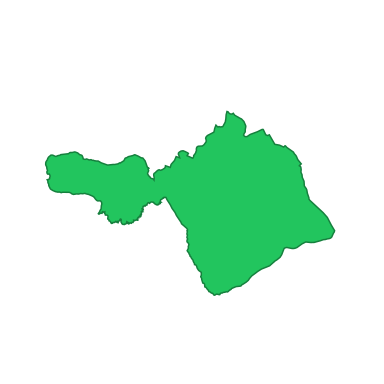 Guachucal, Nariño, Colombia (orthographic projection), rotated 201°
{"feature_id": "7082276B62012861578772", "entity_name": "Guachucal", "entity_type": "district", "adm_level": 2, "iso_a3": "COL", "parent_name": "Colombia", "parent_adm1": "Nariño", "projection": "orthographic", "projection_center": [-77.704, 0.975], "detail": "fine", "context": "isolated", "style": "filled", "palette": "green", "viewbox_px": 384, "rotation_deg": 201, "n_neighbors": 0, "source": "geoboundaries", "source_scale": "gbopen_adm2", "svg_char_len": 6128}
<svg xmlns="http://www.w3.org/2000/svg" viewBox="0 0 384 384"><g transform="rotate(201 192 192)"><path d="M188.2,279.7L187.8,276.3L186.7,272.7L186.0,269.2L186.7,264.0L189.0,262.8L190.2,262.8L191.0,262.0L191.7,262.1L193.6,263.0L193.6,259.5L193.1,256.6L193.1,255.6L197.9,250.2L198.6,248.3L198.5,247.0L197.4,245.6L196.8,244.0L197.7,240.5L198.8,238.7L202.7,236.9L203.6,235.5L203.4,233.7L202.7,232.3L202.8,231.3L202.6,230.4L202.9,228.5L203.5,226.7L203.1,225.5L203.4,223.8L209.6,224.1L209.2,226.7L210.0,227.0L213.2,227.3L215.1,227.3L216.9,226.3L218.2,224.6L218.6,223.5L218.3,222.4L217.0,221.1L215.8,219.5L219.5,219.4L219.6,215.2L221.4,210.3L221.1,207.2L226.2,207.0L225.8,205.4L226.2,204.3L227.5,202.5L228.7,201.3L229.1,201.0L230.6,201.0L231.5,200.3L232.6,198.5L233.1,197.1L234.0,195.8L234.1,195.1L233.9,194.2L232.3,191.5L231.8,189.6L232.5,190.1L233.5,190.3L235.1,190.1L235.8,190.3L236.6,191.0L237.8,191.4L239.8,192.8L240.2,193.8L240.1,196.3L241.3,197.8L241.3,198.2L240.8,198.7L241.3,199.0L242.2,199.0L242.7,199.3L246.9,204.2L250.1,206.1L251.7,205.7L255.0,206.2L258.6,206.3L259.2,206.0L260.3,204.8L264.1,202.2L265.3,200.6L266.4,199.8L266.6,199.0L266.8,196.8L269.4,193.3L270.1,193.2L271.1,191.8L274.0,190.0L275.4,189.5L280.4,186.9L287.2,186.7L290.7,187.3L292.2,186.7L294.5,186.2L295.3,186.3L296.2,185.9L297.9,186.0L299.4,185.1L302.2,185.1L303.5,184.1L304.8,183.9L305.4,183.9L306.4,185.4L307.8,186.7L308.8,186.8L310.2,186.6L312.6,187.5L315.1,187.5L316.0,187.3L317.9,186.0L319.9,185.2L320.4,184.6L321.0,183.5L327.9,179.9L328.5,179.0L330.1,178.0L331.7,176.5L332.4,176.3L335.2,176.5L336.9,175.9L338.4,173.2L338.7,171.6L338.6,170.3L339.1,168.1L339.0,166.8L338.5,165.3L338.1,164.7L336.7,163.4L335.7,161.6L334.6,160.3L334.7,158.7L333.8,157.3L333.1,157.0L331.6,157.6L330.5,156.5L330.1,155.8L330.0,154.0L329.7,153.4L330.1,152.7L331.6,151.5L330.6,150.8L329.8,149.0L328.7,148.1L328.2,147.0L327.4,146.0L325.4,144.2L324.6,143.9L322.3,143.5L319.6,143.4L317.2,143.8L315.7,144.5L313.9,144.5L312.7,145.4L306.5,147.7L305.1,147.7L303.4,147.2L301.7,147.3L299.2,148.8L297.0,149.5L295.5,150.6L293.4,151.2L291.4,152.4L290.3,152.3L287.7,152.7L283.1,152.5L281.4,152.0L279.5,150.7L277.9,150.0L276.8,149.9L275.0,150.7L274.4,150.9L273.4,150.5L272.4,149.5L271.9,148.4L271.7,146.6L270.8,143.7L271.2,141.9L271.2,140.4L271.7,138.2L271.4,138.0L270.9,138.0L269.6,139.6L268.4,139.8L268.3,140.3L268.6,141.4L268.2,141.8L267.1,141.4L266.3,142.2L265.9,140.7L265.1,140.3L264.7,139.5L264.3,139.5L263.1,140.0L262.1,139.7L261.4,138.6L261.3,137.4L260.9,136.6L259.6,136.3L259.2,135.4L257.8,135.3L256.4,134.0L255.6,133.9L255.4,134.1L255.4,134.6L254.9,134.6L254.7,135.3L253.4,135.8L252.8,137.1L251.9,136.7L251.5,137.7L251.2,137.8L250.4,136.8L250.0,136.8L250.0,138.4L249.3,139.4L249.4,140.6L249.2,141.1L248.7,141.2L248.1,140.8L247.6,138.7L245.9,137.2L244.9,137.0L244.1,137.3L243.6,137.3L243.2,138.1L242.4,138.3L242.2,139.2L241.6,139.4L241.4,139.7L241.4,140.2L242.2,140.6L242.2,141.0L241.2,140.7L240.8,140.1L240.3,140.7L240.0,140.7L239.8,140.4L239.8,139.5L239.6,139.5L238.4,141.1L237.4,141.1L237.1,142.2L236.2,142.4L236.0,144.1L236.4,144.8L235.9,144.9L235.5,144.5L234.2,145.8L232.5,146.2L232.4,146.4L232.6,146.7L233.4,146.4L233.7,146.7L233.1,147.4L233.3,148.4L233.2,148.8L232.4,148.9L232.6,150.0L231.5,150.3L232.0,151.0L231.0,151.4L231.2,151.9L232.0,152.4L231.9,152.6L231.3,152.8L231.2,153.2L231.8,153.9L231.6,154.6L232.2,155.3L231.0,156.0L231.8,156.3L231.4,157.0L232.1,157.8L231.9,158.0L231.3,157.8L231.1,158.0L231.6,158.6L232.5,158.7L232.1,159.5L232.5,160.7L232.4,161.2L231.8,161.3L231.5,162.3L230.6,162.2L230.4,163.1L229.4,163.7L229.7,164.5L229.3,165.1L229.2,166.3L228.4,166.6L227.6,166.2L226.8,167.8L226.4,168.1L224.2,168.6L223.6,168.0L223.0,168.0L222.2,167.5L221.3,167.6L220.8,167.3L220.3,167.5L219.9,167.4L219.1,167.9L218.9,168.1L219.1,168.6L218.4,168.9L217.8,169.6L218.5,170.1L218.4,170.3L217.7,170.3L218.1,171.0L217.3,171.4L218.3,171.8L218.5,173.5L217.6,174.4L216.7,176.4L216.3,176.2L215.9,177.1L214.4,177.6L212.5,175.8L207.7,172.3L204.8,169.6L200.5,166.8L198.1,164.5L191.3,159.7L190.4,158.6L184.1,156.3L182.9,155.6L182.7,155.2L182.8,154.5L182.5,154.2L182.7,153.9L182.1,153.2L181.7,150.9L180.9,150.4L180.4,147.6L179.7,147.1L179.2,146.5L179.4,145.3L178.9,143.9L178.5,143.5L177.8,143.4L176.1,142.0L175.9,139.5L175.2,138.3L175.5,135.5L174.4,134.6L173.4,134.3L172.6,133.2L171.4,132.4L170.9,131.4L169.9,131.1L168.9,130.1L166.5,128.6L165.8,127.5L164.2,126.2L163.6,125.1L162.5,125.3L162.0,125.1L161.3,124.6L159.8,122.7L157.7,121.2L154.5,120.3L153.4,117.4L153.6,116.5L153.4,115.9L152.1,114.9L151.6,113.8L149.4,111.0L149.1,110.8L148.2,111.0L147.3,110.5L146.0,108.0L145.0,108.0L144.3,107.7L142.7,106.6L141.7,106.2L140.5,105.1L139.6,105.2L137.7,104.6L136.3,104.8L134.8,103.7L133.8,103.8L132.7,105.3L132.1,105.6L129.7,105.9L129.2,106.3L129.3,107.1L128.7,108.0L127.6,108.5L126.9,109.4L125.4,110.2L124.3,111.1L123.1,111.4L122.5,112.1L121.7,114.0L121.2,114.3L120.6,115.2L120.5,116.0L119.1,117.4L116.9,119.5L113.4,121.3L112.6,121.9L112.0,123.7L111.5,124.0L109.1,127.3L107.8,129.7L107.3,131.9L106.2,135.0L102.1,141.5L99.5,145.0L93.1,150.9L89.8,157.3L88.3,159.3L86.4,162.6L85.8,165.6L85.8,172.2L85.3,173.0L83.7,174.2L78.3,175.1L76.6,175.8L75.3,176.7L74.1,177.8L70.7,183.0L67.9,186.1L63.0,187.4L59.9,188.7L54.7,192.5L52.4,194.5L50.4,195.5L49.2,196.5L47.0,197.8L46.0,198.8L45.4,200.1L45.2,204.2L44.9,205.5L45.0,207.0L50.2,211.1L56.6,216.8L62.2,219.7L78.9,226.4L80.2,227.2L80.8,228.5L83.8,232.1L85.6,235.1L86.6,236.1L89.3,237.9L91.3,242.2L94.3,245.2L95.5,247.6L97.4,249.5L98.1,252.0L99.3,254.2L100.1,254.8L101.2,254.9L101.3,255.1L100.1,257.4L104.9,260.2L107.4,262.8L108.4,263.5L110.1,264.3L111.6,265.6L119.5,267.6L121.2,268.5L121.7,268.5L122.5,266.8L127.0,267.1L131.8,266.2L140.3,273.1L141.6,271.8L143.3,271.8L143.7,271.9L147.7,275.7L148.2,275.9L149.1,275.4L152.4,271.8L158.3,266.6L160.5,263.4L162.2,262.8L162.9,262.8L164.2,263.5L164.3,265.3L163.9,266.8L164.0,267.7L164.6,269.1L165.2,272.3L165.6,273.1L168.8,276.4L171.9,277.9L174.1,278.1L179.7,279.0L181.7,280.3L182.6,279.1L184.1,278.6L185.1,278.7L186.5,279.3L187.1,279.8L188.2,279.7Z" fill="#22c55e" stroke="#15803d" stroke-width="1.5"/></g></svg>